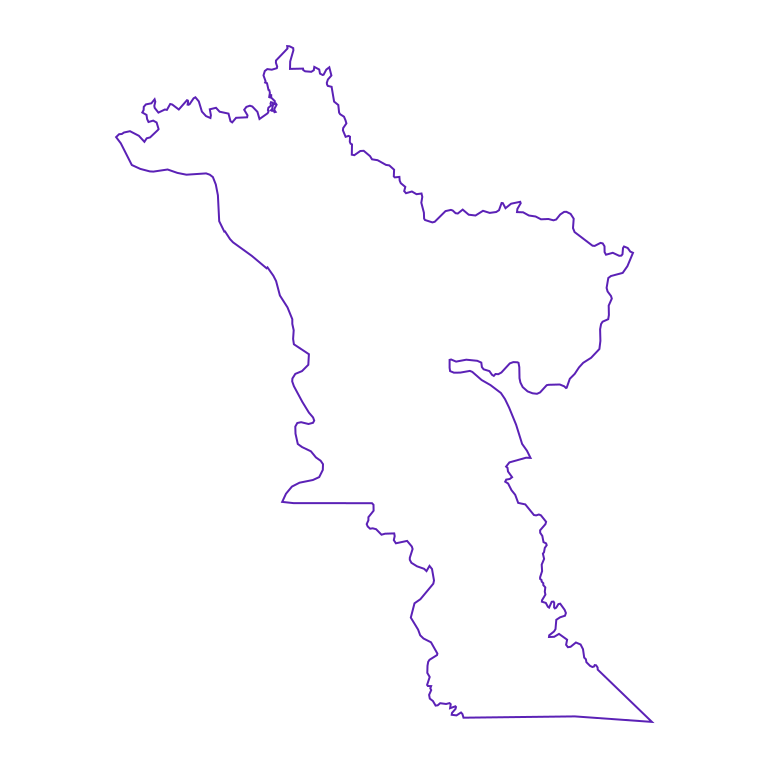 outline of Pinillos, Bolívar, Colombia
{"feature_id": "7082276B11088178486316", "entity_name": "Pinillos", "entity_type": "district", "adm_level": 2, "iso_a3": "COL", "parent_name": "Colombia", "parent_adm1": "Bolívar", "projection": "natural_earth1", "projection_center": [-74.401, 8.864], "detail": "fine", "context": "isolated", "style": "outline", "palette": "violet", "viewbox_px": 768, "rotation_deg": 0, "n_neighbors": 0, "source": "geoboundaries", "source_scale": "gbopen_adm2", "svg_char_len": 6080}
<svg xmlns="http://www.w3.org/2000/svg" viewBox="0 0 768 768"><path d="M429.8,698.6L432.9,701.0L435.6,705.6L437.7,705.3L440.2,703.2L446.1,704.0L449.5,703.1L450.7,704.2L450.1,708.2L455.4,706.3L456.0,707.0L455.5,708.9L452.0,712.9L451.7,714.8L456.5,715.4L461.0,712.5L462.4,714.0L463.5,717.7L574.8,716.4L651.9,721.9L597.7,669.6L597.6,667.5L596.1,665.3L594.7,665.1L594.0,666.5L592.4,667.0L590.1,665.9L586.4,662.2L585.9,659.3L584.2,657.6L583.0,649.2L580.6,644.5L575.9,642.5L570.6,646.8L567.9,647.2L566.1,644.8L567.1,639.7L559.0,633.9L554.2,636.8L549.0,637.0L549.2,635.3L554.0,631.5L555.5,629.1L556.3,619.8L560.1,617.3L565.0,615.7L565.9,613.0L564.6,609.8L560.2,603.7L558.4,604.1L556.2,607.7L554.9,608.4L554.1,607.4L554.2,602.7L553.5,601.6L551.7,601.8L549.1,607.6L547.9,606.8L545.8,602.9L541.9,601.7L542.0,600.3L545.4,594.6L544.8,591.7L545.3,587.4L543.3,585.1L543.3,583.2L541.7,581.6L541.5,580.0L540.1,578.9L540.1,577.3L542.1,571.1L541.7,564.6L544.1,558.9L542.9,553.7L544.0,552.2L544.8,547.9L546.7,545.2L546.1,543.4L543.5,542.1L542.3,535.9L540.2,532.8L540.1,530.3L545.4,524.2L546.1,521.8L540.9,515.3L538.9,514.5L536.1,515.4L533.9,515.0L525.3,504.4L518.2,502.9L515.2,494.8L511.5,490.2L508.1,483.5L505.2,481.7L506.2,479.6L509.7,479.0L512.1,477.2L508.0,471.5L507.5,467.8L506.1,466.6L509.4,462.4L526.1,457.7L530.5,457.9L527.0,450.8L522.1,443.9L516.1,424.7L509.1,407.6L505.0,399.1L500.9,393.0L490.5,385.1L481.6,380.0L472.3,371.9L469.9,370.9L460.3,372.6L454.0,372.7L450.1,371.1L449.6,367.8L449.6,359.9L451.1,359.5L456.1,361.6L466.3,359.7L477.3,360.8L481.3,362.6L481.9,367.1L483.6,369.3L489.4,371.1L492.0,374.8L493.8,375.9L495.5,374.0L498.3,374.2L501.4,372.5L509.8,363.4L513.3,362.1L517.4,362.3L518.5,362.8L519.3,367.2L519.5,378.2L520.4,382.5L522.7,387.1L527.6,391.4L532.6,393.3L537.0,393.8L540.1,392.4L546.7,385.2L548.6,384.8L559.8,384.5L564.2,386.3L566.0,388.0L566.7,387.7L569.8,378.8L574.7,373.9L579.0,367.4L583.2,362.8L591.1,357.8L599.4,349.0L600.4,340.9L600.1,329.3L601.1,324.0L602.6,321.7L608.2,319.2L608.9,315.0L608.7,305.6L611.8,298.6L611.0,296.0L607.6,291.5L606.6,287.9L608.3,278.0L611.0,276.0L622.7,272.9L627.4,266.2L633.0,252.8L630.3,251.6L627.7,248.0L624.0,246.5L623.0,248.1L622.5,254.2L621.4,255.6L619.2,255.8L612.8,252.8L606.0,254.7L604.6,252.1L604.5,246.3L602.7,243.4L600.5,242.9L594.7,245.9L592.5,245.7L574.6,232.1L573.0,228.1L573.7,218.7L570.6,213.9L566.4,211.8L564.1,211.9L560.2,214.5L556.2,219.5L553.5,220.3L548.4,219.0L541.0,219.3L535.6,216.5L528.9,215.5L523.1,212.3L517.0,212.1L517.4,208.9L520.7,203.2L520.2,201.8L511.1,203.7L505.5,208.2L502.8,203.1L501.6,203.0L499.0,210.2L496.2,212.0L489.7,212.9L483.0,210.8L475.5,215.5L468.7,214.7L462.7,209.6L457.8,213.5L455.6,213.2L452.7,210.5L450.9,209.9L445.5,211.1L434.7,221.8L432.4,222.4L425.0,220.0L424.1,218.6L423.9,212.7L421.3,202.7L422.3,196.9L421.5,193.5L416.5,194.2L411.9,191.5L406.0,193.2L404.2,191.1L405.3,186.9L400.8,183.2L399.7,180.7L399.4,176.9L394.8,177.4L393.8,176.4L394.1,169.7L389.3,165.4L386.0,164.9L377.6,160.2L372.0,159.3L370.0,156.1L363.7,150.8L360.3,151.0L354.3,155.2L351.8,154.7L352.0,144.4L350.6,143.7L349.8,141.8L350.0,136.7L348.7,135.9L345.6,136.8L342.9,130.3L343.2,128.0L346.4,123.4L345.5,120.3L344.0,116.7L340.1,114.2L339.1,112.6L338.3,105.0L334.1,101.6L331.6,86.8L327.8,85.9L327.0,84.4L326.8,82.8L327.9,79.5L331.4,75.5L329.3,67.3L326.3,69.6L323.6,74.7L322.7,75.0L320.0,73.6L319.2,69.5L314.3,66.9L313.8,70.2L311.3,71.8L305.1,71.3L303.2,70.0L303.0,68.6L290.0,68.9L290.2,61.4L293.4,50.3L293.2,48.1L289.6,46.3L287.2,46.1L287.5,48.5L276.0,60.5L275.9,62.8L277.2,66.6L276.8,68.2L271.8,69.7L267.3,69.1L264.8,71.0L263.5,75.4L265.6,81.3L265.1,82.5L267.0,83.2L268.5,89.9L269.3,90.2L269.9,92.9L269.2,97.1L269.7,97.3L270.1,94.8L271.2,95.1L271.2,97.6L274.8,101.1L274.8,104.0L275.9,103.6L276.6,104.7L274.4,108.8L274.5,111.4L275.1,111.2L275.6,111.9L273.7,112.4L274.3,112.0L273.8,110.4L272.1,110.9L270.9,110.3L272.0,109.5L273.1,104.4L272.7,102.7L271.0,102.2L270.5,103.6L271.1,105.5L268.4,107.7L267.9,110.1L268.5,111.6L267.6,113.3L259.5,119.0L257.4,111.8L252.3,106.5L249.9,105.7L246.4,106.9L244.2,109.8L247.5,115.3L247.1,117.3L236.1,117.8L232.2,122.4L230.5,121.2L228.5,113.6L219.6,111.7L216.0,107.8L209.8,109.3L210.9,115.3L210.4,118.0L206.0,116.1L201.9,111.6L198.8,101.4L195.4,97.3L193.6,98.3L189.6,104.2L188.5,104.8L187.6,104.6L188.1,102.0L187.9,100.6L187.0,100.2L178.8,109.5L172.2,104.5L170.2,104.0L166.9,109.9L164.9,109.5L158.4,112.6L154.7,107.9L154.3,105.9L155.3,101.7L154.6,99.3L151.4,103.3L145.9,104.4L143.8,106.8L143.6,110.1L142.3,112.5L146.5,114.9L147.1,119.0L148.5,122.0L153.2,120.6L156.6,122.5L158.6,129.1L157.9,130.0L150.1,137.4L146.7,138.3L144.4,141.8L138.9,135.8L130.0,131.2L124.0,132.5L121.8,134.0L119.1,134.2L116.1,137.1L120.8,143.3L131.8,165.0L140.3,168.9L149.8,171.4L153.4,171.6L167.6,169.5L177.4,172.9L186.4,174.7L206.1,173.4L209.8,174.7L212.9,177.1L215.8,184.5L217.9,195.3L219.2,221.2L224.3,231.6L225.0,231.4L230.0,239.1L233.0,242.3L251.7,255.8L266.6,268.3L267.5,267.4L273.4,275.8L276.1,281.1L279.9,295.5L287.5,307.4L292.3,319.2L292.3,323.9L293.7,330.3L293.1,338.9L293.9,344.3L308.9,354.2L308.3,364.8L302.0,371.1L295.3,373.9L292.4,378.5L292.2,381.4L293.9,386.2L302.4,402.0L308.9,412.6L313.1,417.5L314.2,420.6L313.0,422.8L308.5,424.0L301.1,422.2L297.3,423.0L295.3,426.6L295.5,433.7L297.8,444.0L302.1,447.1L310.9,451.3L315.9,457.4L320.7,460.8L323.0,464.2L322.8,469.9L319.2,477.1L312.9,480.0L299.5,482.7L291.9,486.6L286.0,493.7L282.2,501.9L293.3,503.1L372.0,503.2L373.5,504.8L373.6,510.7L368.4,517.2L368.4,520.3L366.7,524.1L367.7,526.5L370.1,528.7L372.7,528.3L376.1,529.2L381.5,534.7L385.1,533.7L394.2,533.4L394.7,536.1L393.8,540.1L395.9,543.3L407.1,540.9L411.8,546.5L412.6,549.0L409.8,557.8L409.8,559.8L411.4,562.8L417.0,566.3L424.1,568.8L426.5,571.1L429.5,565.9L432.0,569.0L434.0,580.5L433.3,583.7L420.4,599.2L414.5,603.3L410.8,617.6L418.1,629.6L420.2,635.3L423.5,638.5L431.0,642.3L437.4,653.6L437.0,655.1L429.5,659.8L428.2,661.8L427.5,665.8L427.3,672.9L429.7,677.0L427.1,684.9L427.9,686.0L431.1,686.1L430.3,688.3L431.2,690.1L429.1,694.9L429.8,698.6Z" fill="none" stroke="#5b21b6" stroke-width="2"/></svg>